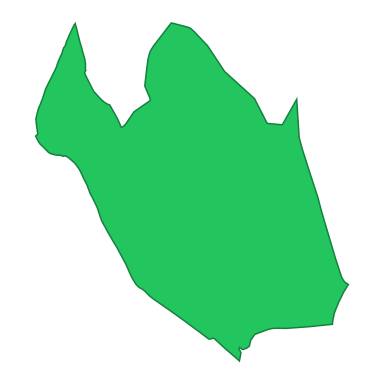 the district of Hinboon, Khammouan, Laos
{"feature_id": "54806243B38020110154971", "entity_name": "Hinboon", "entity_type": "district", "adm_level": 2, "iso_a3": "LAO", "parent_name": "Laos", "parent_adm1": "Khammouan", "projection": "equal_earth", "projection_center": [104.427, 17.789], "detail": "fine", "context": "isolated", "style": "filled", "palette": "green", "viewbox_px": 384, "rotation_deg": 0, "n_neighbors": 0, "source": "geoboundaries", "source_scale": "gbopen_adm2", "svg_char_len": 3102}
<svg xmlns="http://www.w3.org/2000/svg" viewBox="0 0 384 384"><path d="M296.7,99.3L282.3,124.8L267.2,123.4L254.5,98.6L224.5,71.4L207.6,45.8L202.2,40.1L194.4,31.8L192.3,29.9L191.1,28.8L189.8,27.9L188.5,27.4L173.9,23.5L172.5,23.2L171.7,23.1L171.2,23.0L153.6,45.8L150.6,50.6L149.7,52.7L148.6,56.8L147.9,59.9L146.4,71.6L145.0,83.8L144.9,84.6L144.8,85.3L144.9,86.2L145.1,86.9L145.5,87.7L149.9,98.1L150.2,99.3L150.3,100.1L150.3,100.5L134.0,111.8L125.4,124.5L123.4,126.3L122.2,127.1L121.7,127.2L121.3,127.1L120.9,126.7L119.7,123.7L118.4,120.6L117.1,118.0L109.8,105.0L107.2,104.0L105.6,103.0L103.7,101.7L101.4,99.7L99.1,97.3L97.7,95.7L95.8,93.6L93.9,91.5L93.2,90.4L85.5,75.2L84.9,73.6L84.7,73.1L84.6,72.6L85.3,71.2L85.8,70.6L85.4,68.7L85.5,63.7L84.6,58.3L82.6,51.6L81.6,47.6L79.9,42.1L78.3,35.4L76.7,28.9L75.2,23.6L75.0,24.0L74.1,24.9L69.9,33.8L66.3,42.0L65.3,45.7L65.3,45.8L65.2,45.8L63.7,47.8L62.8,50.1L62.0,53.2L60.3,56.9L58.5,60.9L57.4,63.8L56.7,66.3L55.2,69.8L52.8,74.4L52.0,76.2L49.4,81.3L47.5,85.2L45.8,88.5L45.0,91.0L42.3,99.3L41.1,102.1L40.3,104.4L39.0,107.2L38.0,110.1L36.9,114.5L36.4,116.9L36.0,118.0L36.0,118.9L35.9,119.2L35.9,119.4L35.9,119.5L36.0,120.0L36.1,120.3L36.1,120.6L36.1,120.8L36.1,121.3L36.1,121.8L36.1,122.0L36.2,122.4L36.2,122.7L36.3,122.8L36.3,123.0L36.3,123.6L36.3,123.8L36.3,124.0L36.4,124.5L36.5,124.8L36.6,125.2L36.6,125.3L36.6,125.8L36.6,126.0L36.6,126.3L36.7,126.5L36.8,126.6L36.9,126.8L36.9,127.0L36.8,127.5L36.8,127.8L36.9,128.0L36.9,128.3L36.9,128.5L37.0,128.6L37.2,128.8L37.2,129.0L37.3,129.3L37.3,129.6L37.4,129.8L37.3,130.0L37.2,130.1L37.1,130.3L37.1,130.5L37.2,130.8L37.3,131.1L37.4,131.4L37.5,131.4L37.5,131.5L37.5,131.8L37.5,132.0L37.6,132.3L37.6,132.5L37.7,132.9L37.6,133.0L37.6,133.3L37.7,133.7L37.6,134.0L37.5,134.4L35.6,136.1L36.4,137.6L38.8,142.2L40.4,144.4L42.2,146.0L46.1,149.9L48.3,152.2L50.0,153.4L52.2,154.1L56.2,155.1L58.6,155.2L61.1,155.4L62.0,155.8L62.6,156.2L63.3,156.3L64.5,155.9L65.6,156.1L66.7,156.5L68.4,157.6L74.7,163.0L78.8,168.6L80.7,172.0L83.7,178.6L87.0,185.0L89.0,190.4L90.0,193.2L92.1,197.1L95.5,204.0L96.9,206.9L97.9,209.6L100.1,216.4L101.6,220.7L104.4,225.9L108.3,233.0L113.0,241.1L116.7,247.1L121.9,256.8L125.9,264.3L127.5,267.9L129.6,272.7L132.3,278.4L136.0,284.3L139.0,287.4L141.2,288.6L142.8,289.5L145.1,291.4L149.8,296.2L154.0,299.4L154.7,299.9L166.5,308.1L169.0,309.8L184.6,321.0L196.3,329.7L197.3,330.4L204.6,335.9L208.7,339.0L210.3,339.1L213.2,338.2L214.5,338.8L225.8,349.2L229.6,352.4L232.7,355.1L236.6,358.4L239.4,361.0L240.6,354.8L240.9,352.6L240.2,351.0L238.8,349.0L239.5,347.5L240.9,348.3L242.2,349.5L244.3,349.1L246.7,348.1L249.3,346.3L250.7,340.3L254.6,334.6L256.1,333.9L260.9,332.1L268.8,329.2L270.8,328.8L272.8,328.4L277.3,328.2L286.0,328.4L309.1,326.7L332.4,324.3L332.8,320.7L333.1,318.7L333.6,316.9L334.2,313.7L335.8,309.3L337.1,306.2L338.7,302.3L343.5,292.4L348.4,284.5L347.3,283.8L346.3,283.1L344.9,282.2L343.5,280.5L342.5,278.8L341.4,276.6L335.2,257.5L321.8,212.3L319.4,203.3L318.0,197.8L308.2,167.7L302.8,150.7L300.3,141.9L299.4,138.3L299.1,136.4L296.7,99.3Z" fill="#22c55e" stroke="#15803d" stroke-width="1.5"/></svg>